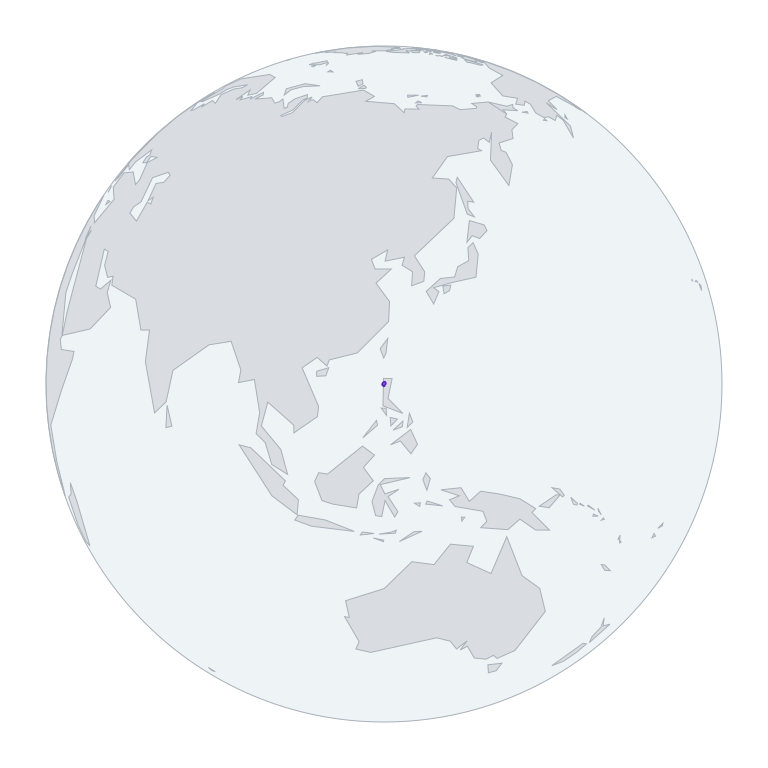 the Earth from above Abra
{"feature_id": "PHL-2542", "entity_name": "Abra", "entity_type": "Province", "adm_level": 1, "iso_a3": "PHL", "parent_name": "Philippines", "parent_adm1": "", "projection": "orthographic", "projection_center": [120.806, 17.561], "detail": "fine", "context": "on_globe", "style": "filled", "palette": "violet", "viewbox_px": 768, "rotation_deg": 0, "n_neighbors": 0, "source": "natural_earth", "source_scale": "10m", "svg_char_len": 10830}
<svg xmlns="http://www.w3.org/2000/svg" viewBox="0 0 768 768"><circle cx="384" cy="384" r="338" fill="#eef3f6" stroke="#a8b0b8"/><path d="M662.9,523.3L662.5,525.5L662.2,525.9L662.9,523.3ZM581.8,110.0L582.2,110.4L556.3,96.4L548.3,100.7L557.1,109.7L546.3,102.7L570.5,126.1L573.5,138.0L563.2,120.2L556.8,115.3L555.3,120.5L548.5,116.8L543.8,117.5L535.7,112.9L530.3,104.1L525.0,101.2L524.3,105.3L515.7,104.1L517.6,98.3L502.8,95.9L491.1,82.9L502.7,75.4L489.4,68.1L483.1,61.2L476.8,59.6L470.4,57.3L460.8,54.9L461.3,55.0L487.0,62.2L512.1,71.3L536.3,82.3L559.6,95.3L581.8,110.0ZM454.7,53.6L453.3,53.3L453.7,53.5L449.9,52.8L444.2,51.8L445.2,51.7L448.2,52.2L446.3,51.9L454.7,53.6ZM701.6,290.5L698.9,283.5L701.0,285.8L701.6,290.5ZM696.8,280.8L697.9,282.8L696.9,281.4L696.8,280.8ZM695.9,280.7L696.6,280.8L696.1,281.5L695.9,280.7ZM695.0,281.7L695.4,280.8L695.4,281.2L695.0,281.7ZM692.5,280.8L691.8,280.4L691.9,278.9L692.5,280.8ZM585.7,112.9L583.7,111.5L582.7,110.6L585.7,112.9ZM575.7,107.3L572.9,105.0L581.0,110.2L580.1,109.8L575.7,107.3ZM564.9,117.6L564.9,114.8L567.3,119.0L564.9,117.6ZM544.6,118.5L546.8,120.7L543.4,120.3L544.6,118.5ZM528.0,113.1L521.9,112.2L527.1,111.5L528.0,113.1ZM517.7,110.7L503.1,109.8L506.8,114.1L488.2,102.0L506.8,106.3L512.7,104.4L513.0,107.8L517.7,110.7ZM456.3,54.1L455.6,53.8L461.4,55.2L456.3,54.1ZM460.9,55.2L484.2,62.3L482.4,62.9L474.9,60.0L476.8,62.3L464.4,59.0L460.7,57.1L464.3,57.1L456.8,56.0L460.9,55.2ZM480.3,96.0L475.9,94.8L479.5,94.5L480.3,96.0ZM448.8,52.7L453.6,53.8L452.4,54.3L442.4,52.3L446.0,52.7L448.8,52.7ZM483.3,64.9L480.6,65.3L469.9,62.6L467.4,62.5L464.0,59.1L483.3,64.9ZM443.4,52.1L437.4,51.4L432.8,50.3L443.9,51.8L443.4,52.1ZM456.3,55.4L455.2,55.6L452.5,54.8L456.3,55.4ZM413.3,47.4L419.1,48.0L413.3,47.4ZM435.4,51.2L437.0,51.6L437.6,51.9L432.8,51.3L435.4,51.2ZM456.7,57.7L452.7,56.7L457.5,58.9L449.7,57.5L448.8,55.6L445.9,55.9L443.5,55.5L445.5,54.5L456.7,57.7ZM429.8,51.9L426.0,50.0L415.1,48.5L415.0,48.1L432.4,50.7L429.8,51.9ZM438.8,53.4L433.2,52.3L435.8,52.1L441.3,52.8L438.8,53.4ZM444.6,57.4L456.9,60.0L456.7,60.4L444.6,57.4ZM426.1,51.4L427.1,52.0L425.0,51.3L426.1,51.4ZM438.4,55.4L442.7,56.2L442.3,56.6L438.4,55.4ZM425.4,52.7L424.2,51.9L427.9,52.2L425.4,52.7ZM430.9,53.9L429.4,54.4L430.0,52.7L432.9,54.2L430.9,53.9ZM437.3,55.7L438.5,56.2L435.5,55.4L437.3,55.7ZM412.1,52.6L412.0,50.5L420.2,50.9L419.2,52.7L412.1,52.6ZM99.8,201.2L103.8,195.5L94.1,215.8L94.6,222.8L114.1,199.3L113.3,187.1L124.0,172.9L133.2,171.9L135.5,184.6L139.7,179.6L147.3,162.6L157.1,157.4L151.0,156.3L146.6,162.7L142.8,162.7L146.5,157.0L149.8,155.0L151.7,149.9L135.5,161.9L129.3,169.7L128.7,164.7L118.3,177.7L114.9,180.9L131.2,160.5L136.6,154.7L159.3,131.7L154.8,135.7L177.0,116.9L200.8,100.1L198.7,101.6L214.2,92.5L214.7,92.8L205.4,97.7L197.2,103.0L191.1,110.5L193.8,109.8L204.4,103.7L201.3,107.3L212.4,100.5L215.3,103.4L221.0,94.8L233.6,89.1L242.4,87.7L247.6,84.7L233.2,87.1L226.5,89.7L219.2,94.2L201.9,101.9L201.2,101.2L223.2,88.4L224.6,86.5L241.1,78.8L269.8,74.5L275.1,77.5L256.5,93.4L247.8,95.2L250.1,89.9L235.9,99.7L242.8,96.4L240.3,99.9L251.7,96.6L250.5,98.9L263.5,92.3L263.3,94.8L255.1,99.0L271.7,97.8L274.8,103.1L279.1,101.8L282.9,99.0L284.2,108.4L287.4,107.1L288.2,103.4L295.0,98.8L307.5,94.6L307.3,98.0L302.7,100.0L292.8,110.0L280.8,115.5L281.9,116.6L292.4,112.7L304.5,100.4L312.1,97.0L307.6,102.6L309.8,100.3L313.5,99.8L317.0,102.7L322.5,96.8L363.6,90.1L374.4,96.4L365.8,101.3L394.3,103.7L404.2,112.8L404.9,109.0L419.0,109.1L416.1,106.1L417.5,104.5L452.5,105.9L460.5,109.7L476.3,108.3L476.7,106.7L471.7,103.5L488.2,102.0L506.8,114.1L505.0,117.0L517.8,123.6L511.9,129.7L513.0,138.5L499.1,143.0L501.2,150.4L506.0,152.3L512.4,164.6L508.9,185.5L490.5,160.2L491.6,132.1L489.3,142.3L483.5,137.9L478.8,140.5L477.7,148.5L481.5,150.7L447.4,156.6L432.3,178.0L448.7,179.1L456.7,187.8L453.9,218.3L414.4,255.8L424.7,271.8L423.8,281.4L411.6,285.8L412.5,271.7L402.1,265.2L404.5,257.2L385.1,261.1L387.7,249.9L371.4,259.3L375.1,269.0L391.3,269.0L376.0,283.2L389.5,301.5L388.6,321.5L357.3,352.9L329.3,359.9L327.0,366.1L317.2,357.4L302.1,367.8L318.6,406.4L317.4,416.7L293.9,432.9L293.8,425.2L267.8,402.1L261.3,425.9L280.9,449.6L287.6,474.4L271.8,464.5L265.2,442.5L256.1,433.7L259.7,412.7L254.4,379.5L238.5,382.6L240.9,370.0L231.1,341.3L209.0,344.8L173.0,370.3L166.1,401.8L154.6,412.9L145.4,361.8L149.5,330.0L140.9,330.0L135.7,299.2L111.8,285.2L113.0,276.3L107.5,277.3L104.6,265.3L108.2,251.3L104.3,249.1L95.8,286.2L100.5,289.0L110.9,280.2L107.2,292.5L110.6,307.4L90.2,328.9L62.3,335.4L67.3,311.1L86.5,238.5L90.2,232.5L90.7,231.7L91.4,230.3L85.1,239.4L91.0,226.1L72.4,273.3L65.9,292.4L61.8,336.4L60.3,339.1L61.3,349.5L74.0,351.5L72.4,359.2L61.6,389.9L50.8,425.1L56.7,461.0L63.6,489.1L65.1,495.8L58.1,473.3L52.6,450.3L48.8,427.0L46.6,403.4L46.1,379.8L47.2,356.2L50.0,332.8L54.4,309.6L60.4,286.7L68.0,264.3L77.1,242.6L87.7,221.5L99.8,201.2ZM151.3,139.0L131.7,159.6L134.4,156.3L127.9,163.5L133.9,156.7L134.6,156.0L134.8,155.7L151.3,139.0ZM129.9,213.0L136.4,221.1L147.3,202.2L150.7,204.1L153.1,197.4L148.0,200.8L156.0,183.5L163.8,182.3L170.1,175.3L168.2,172.4L152.6,177.6L141.0,201.9L133.7,206.7L129.9,213.0ZM290.7,59.2L289.1,59.7L286.0,60.6L290.7,59.2ZM435.9,50.1L439.8,50.7L437.1,50.5L430.7,49.8L426.3,49.2L429.4,49.3L421.1,48.5L422.2,48.3L416.0,47.7L411.7,47.2L435.9,50.1ZM376.5,46.2L376.1,46.2L383.1,46.6L397.2,47.1L400.1,47.7L393.7,47.5L401.1,48.3L391.1,48.7L392.9,49.3L384.9,50.8L371.6,50.9L374.7,51.7L368.7,53.5L357.5,54.3L363.0,52.5L346.6,55.0L347.6,53.1L345.6,53.5L342.1,52.7L334.4,52.7L336.4,51.9L332.5,52.3L330.1,52.1L325.4,52.7L327.5,51.6L321.9,52.3L326.1,51.5L316.0,53.2L324.4,51.6L322.0,51.8L315.1,53.3L319.4,52.3L347.8,48.0L376.5,46.2ZM409.5,52.9L393.4,52.4L386.0,51.4L403.0,49.4L402.8,48.8L413.4,48.5L423.9,50.2L419.9,50.0L418.4,50.3L415.7,49.6L416.8,50.4L411.3,50.4L410.6,51.2L405.6,50.7L409.5,52.9ZM205.3,98.1L205.3,98.6L202.6,100.2L199.5,101.9L205.3,98.1ZM309.1,64.8L313.4,63.1L315.0,63.2L327.1,60.7L327.3,62.5L320.1,64.7L309.1,64.8ZM110.1,201.6L106.0,204.4L107.6,200.8L108.7,200.5L110.1,201.6ZM111.7,185.7L108.1,192.4L110.4,187.4L111.7,185.7ZM311.3,66.3L316.3,65.0L313.3,66.8L311.3,66.3ZM328.1,63.7L325.8,65.6L328.7,62.4L328.1,63.7ZM208.3,667.4L215.3,671.7L211.9,670.5L208.3,667.4ZM77.0,501.7L89.9,545.8L85.8,541.3L78.2,525.4L68.7,497.1L71.1,493.9L70.4,482.7L77.0,501.7ZM373.3,538.0L383.8,540.2L383.5,541.6L373.3,538.0ZM362.3,532.0L374.2,533.5L360.3,535.0L362.3,532.0ZM378.9,534.1L391.0,532.2L396.2,530.2L395.4,533.2L378.9,534.1ZM354.3,531.4L311.4,526.2L294.7,520.0L298.4,515.2L325.4,520.0L354.3,531.4ZM297.1,514.8L271.9,495.8L239.1,444.8L250.8,447.8L285.4,480.9L283.1,485.3L298.4,499.7L297.1,514.8ZM359.0,494.0L356.6,507.9L332.8,504.1L322.0,500.6L314.6,481.4L318.7,472.7L327.5,474.1L362.5,446.1L374.5,455.1L363.4,467.4L373.3,480.8L359.0,494.0ZM167.1,405.2L171.9,426.2L165.9,427.7L167.1,405.2ZM377.5,425.2L362.8,437.8L376.5,420.4L377.5,425.2ZM386.1,408.3L386.6,415.5L381.2,408.1L386.1,408.3ZM325.8,375.8L316.6,376.3L316.7,371.2L328.8,367.7L325.8,375.8ZM387.7,338.5L386.0,353.2L383.7,358.0L380.2,348.7L387.7,338.5ZM320.1,85.8L303.1,86.6L291.0,89.8L284.3,95.0L286.4,88.7L305.0,83.7L320.1,85.8ZM358.2,88.8L364.0,85.2L366.4,87.3L365.4,88.4L358.2,88.8ZM358.2,86.3L356.0,81.3L362.4,79.7L362.9,83.9L358.2,86.3ZM332.9,71.9L327.9,71.8L330.4,70.2L332.9,71.9ZM583.1,643.3L586.4,643.9L576.7,652.2L563.6,661.2L551.8,665.7L583.1,643.3ZM488.4,672.8L487.9,664.8L501.9,663.2L496.2,670.7L488.4,672.8ZM592.3,636.3L600.9,627.3L604.2,617.8L603.2,625.9L610.0,624.1L589.3,642.6L592.3,636.3ZM436.6,637.8L370.6,652.4L355.9,649.0L359.1,641.6L344.6,616.6L349.3,617.5L345.6,600.7L384.3,588.5L411.9,561.7L434.0,564.6L450.4,544.2L473.4,546.3L466.8,562.6L491.0,573.6L506.8,536.7L522.0,575.6L539.8,588.5L545.3,611.4L514.9,650.5L497.1,658.4L493.4,655.3L486.1,659.2L474.3,658.0L467.4,646.2L460.2,650.0L467.0,640.9L456.6,649.0L450.3,641.2L436.6,637.8ZM601.3,564.5L604.8,565.1L610.3,570.7L604.8,570.4L601.3,564.5ZM654.0,533.4L655.6,536.1L652.0,537.8L654.0,533.4ZM662.2,525.9L657.9,528.3L662.9,523.3L662.2,525.9ZM619.4,539.8L621.2,542.0L619.7,543.0L619.4,539.8ZM618.0,539.2L620.1,535.1L619.8,539.0L618.0,539.2ZM601.3,520.2L603.4,517.9L604.3,519.4L601.3,520.2ZM399.4,541.5L414.0,531.7L422.0,531.3L399.4,541.5ZM598.2,516.1L592.9,516.3L593.4,514.1L598.2,516.1ZM598.5,511.1L597.9,508.2L601.3,514.9L598.5,511.1ZM588.3,505.2L594.8,510.1L587.5,505.9L588.3,505.2ZM584.4,506.2L579.7,504.2L580.1,503.2L584.4,506.2ZM532.0,512.6L549.5,530.1L535.6,530.0L519.9,519.1L508.0,529.6L480.7,527.7L486.8,521.3L483.0,511.3L455.1,506.5L449.5,499.8L459.3,495.8L441.0,489.8L461.0,487.7L469.3,501.4L480.7,491.2L500.5,494.2L519.9,498.8L535.7,508.6L532.0,512.6ZM461.3,517.1L464.8,517.3L461.8,521.1L461.3,517.1ZM570.8,497.3L577.6,503.5L576.8,505.1L573.5,504.3L570.8,497.3ZM539.3,506.2L556.2,494.8L560.2,494.9L549.1,507.7L539.3,506.2ZM552.0,487.7L559.9,489.1L564.2,495.2L562.6,496.9L552.0,487.7ZM420.4,502.8L419.6,506.5L414.5,503.2L420.4,502.8ZM427.1,501.0L442.7,505.9L425.7,504.1L427.1,501.0ZM380.3,484.6L384.8,493.9L398.9,489.3L388.1,496.6L397.9,511.8L394.7,517.0L385.0,500.6L381.8,516.5L375.6,515.7L372.0,501.5L378.2,485.1L384.5,478.6L410.1,477.6L380.3,484.6ZM426.9,490.2L422.8,479.6L425.9,472.9L430.3,478.6L426.9,490.2ZM410.9,453.8L400.4,441.0L390.5,444.8L410.7,429.5L417.5,444.3L410.9,453.8ZM402.4,426.7L393.1,430.1L402.9,421.1L402.4,426.7ZM390.9,425.9L390.2,417.4L397.4,419.1L390.9,425.9ZM407.2,427.4L409.4,413.3L412.8,422.0L407.2,427.4ZM388.0,398.4L402.8,413.4L383.0,405.8L383.5,378.4L392.1,378.6L388.0,398.4ZM444.1,293.8L442.8,286.1L450.9,285.1L449.5,290.6L444.1,293.8ZM476.0,277.2L452.6,282.4L433.6,287.7L438.9,291.6L433.7,304.0L426.2,291.4L440.4,278.5L454.6,277.0L457.7,266.7L468.8,260.6L467.9,247.7L473.1,242.7L478.2,254.2L476.0,277.2ZM466.9,242.3L469.4,220.6L484.2,224.9L487.0,230.6L479.6,238.5L472.2,235.7L466.9,242.3ZM474.4,216.9L467.3,214.2L456.0,182.6L457.3,177.3L473.7,202.2L467.8,201.2L468.0,208.6L474.4,216.9ZM476.7,96.7L476.0,95.0L479.3,96.8L476.7,96.7ZM415.6,102.9L418.1,100.9L421.8,102.7L415.6,102.9ZM426.9,96.9L421.0,96.1L427.4,95.4L426.9,96.9ZM407.6,95.2L418.6,95.2L407.9,97.3L407.6,95.2Z" fill="#d9dde1" stroke="#a8b0b8" stroke-width="1"/><path d="M384.5,381.7L384.9,381.7L385.0,381.7L385.0,381.8L385.1,382.1L385.2,382.3L385.3,382.4L385.6,382.4L385.7,382.5L385.8,383.2L385.8,383.3L385.7,383.4L385.7,383.6L385.7,383.8L385.8,383.9L385.7,384.1L385.3,384.3L385.1,384.4L385.1,384.6L385.0,385.0L384.7,385.6L384.6,385.8L384.6,386.1L384.4,386.2L384.2,386.1L383.9,386.1L383.8,386.3L383.7,386.4L383.4,386.3L383.3,386.1L383.3,385.9L383.2,385.7L382.9,385.6L382.7,385.5L382.6,385.4L382.5,385.1L382.7,384.8L382.8,384.7L382.7,384.4L382.4,384.3L382.1,384.4L382.2,383.8L382.3,383.6L382.4,383.4L382.5,383.2L382.7,382.8L382.8,382.6L383.1,382.4L383.3,382.4L383.7,382.0L383.8,381.9L384.1,381.7L384.3,381.7L384.5,381.7Z" fill="#8b5cf6" stroke="#5b21b6" stroke-width="1.5"/></svg>